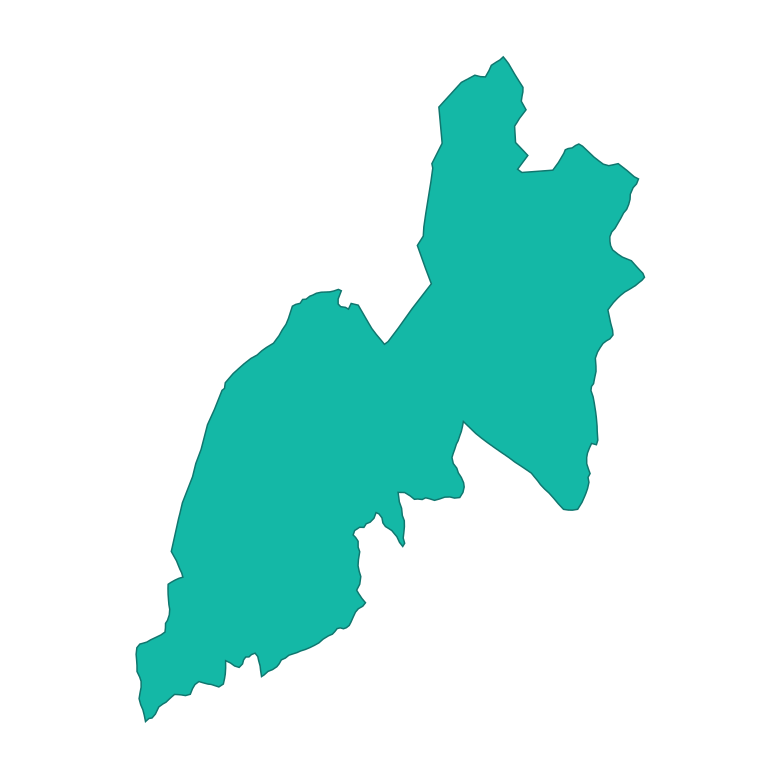 Luanda, Western, Kenya, rotated 175°
{"feature_id": "3690345B72511409589589", "entity_name": "Luanda", "entity_type": "district", "adm_level": 2, "iso_a3": "KEN", "parent_name": "Kenya", "parent_adm1": "Western", "projection": "equal_earth", "projection_center": [34.601, 0.021], "detail": "fine", "context": "isolated", "style": "filled", "palette": "teal", "viewbox_px": 768, "rotation_deg": 175, "n_neighbors": 0, "source": "geoboundaries", "source_scale": "gbopen_adm2", "svg_char_len": 4803}
<svg xmlns="http://www.w3.org/2000/svg" viewBox="0 0 768 768"><g transform="rotate(175 384 384)"><path d="M216.1,243.5L211.5,242.4L207.2,241.9L202.0,242.3L197.1,248.8L194.0,254.4L192.3,257.7L190.3,262.2L188.4,268.2L188.9,273.2L186.5,276.8L187.7,281.3L189.0,286.9L188.5,293.1L187.3,297.5L184.9,302.4L182.4,306.7L177.7,305.0L175.9,309.4L175.7,318.7L175.4,323.5L175.4,332.3L175.6,337.9L176.2,346.8L176.8,353.0L178.4,359.5L177.5,363.5L175.2,366.1L173.6,371.8L171.7,378.0L171.3,383.3L171.2,391.3L168.5,397.2L165.4,401.5L162.3,405.3L158.5,407.7L155.0,409.3L151.6,412.9L151.6,417.7L152.9,425.0L154.5,438.3L151.7,441.5L148.3,445.2L143.8,449.2L140.6,451.7L136.1,454.7L132.6,456.3L129.5,457.8L124.7,460.3L121.3,462.7L117.8,465.0L115.2,467.6L116.4,471.6L119.6,475.6L122.2,479.0L124.3,481.8L126.8,485.2L130.9,487.3L135.4,489.6L139.8,493.1L144.6,497.7L146.2,502.1L146.5,506.5L146.2,511.0L143.9,515.6L140.2,519.1L137.6,522.8L133.8,528.2L130.4,533.5L127.0,536.9L124.6,541.5L122.8,546.5L122.1,551.6L118.7,557.9L115.0,561.3L112.6,566.1L116.6,568.6L120.1,572.2L123.4,575.6L131.5,583.1L136.7,582.4L141.1,581.9L146.4,583.9L150.7,587.7L155.0,591.7L165.5,603.6L169.0,606.1L172.4,604.9L176.0,602.8L180.1,602.5L183.0,601.5L184.7,598.2L190.9,589.5L197.2,582.3L228.2,582.7L232.2,586.3L220.8,599.1L224.3,603.6L231.9,613.1L231.6,623.6L231.4,629.5L229.2,632.3L225.8,636.9L222.4,640.6L218.6,644.8L222.6,653.7L221.3,659.1L220.2,662.8L219.7,667.4L223.3,674.3L226.7,681.0L232.0,692.3L234.5,696.3L236.7,699.5L240.3,696.7L243.9,695.0L249.3,692.1L252.0,687.2L256.2,681.1L261.2,681.8L266.6,683.7L280.7,677.7L305.2,655.1L305.1,624.0L305.1,618.7L317.1,599.3L316.6,594.8L319.7,581.2L327.5,550.3L330.6,537.1L332.0,527.9L338.7,519.1L332.6,495.7L328.1,479.7L336.5,470.6L349.6,456.4L365.0,438.3L376.2,425.9L380.1,423.5L383.0,427.8L387.4,434.1L391.3,440.3L393.8,445.5L402.8,464.8L409.7,467.1L412.9,461.7L415.7,463.7L420.4,464.8L422.7,467.7L422.3,472.6L418.4,480.6L421.2,482.2L426.1,481.0L430.0,480.5L434.3,480.7L438.6,480.9L443.5,480.3L447.2,478.8L450.3,477.9L454.2,475.3L457.7,475.3L460.5,471.7L465.0,471.0L468.5,469.5L473.5,457.6L476.4,452.0L480.7,446.7L484.4,441.2L487.1,438.2L490.5,434.3L498.0,430.6L502.6,427.9L507.9,423.9L514.3,421.1L521.4,416.5L527.2,412.2L533.3,407.6L542.0,399.1L543.3,393.5L545.9,391.8L555.1,373.5L563.4,358.8L566.8,349.2L571.9,334.8L573.8,330.8L578.4,321.2L582.8,308.3L595.2,283.2L598.5,273.1L600.4,267.7L610.5,235.7L608.3,230.7L606.1,225.9L604.9,221.9L603.5,217.4L602.0,213.4L601.2,209.1L605.2,208.3L609.4,206.8L613.6,204.9L616.5,203.3L617.0,199.2L617.4,193.4L617.5,186.9L617.5,182.8L617.1,178.2L618.0,172.7L620.3,167.4L622.5,164.6L623.0,160.0L623.8,156.0L628.0,153.5L633.3,151.5L638.7,149.5L642.7,147.6L646.5,146.8L649.9,146.2L653.2,142.8L654.5,136.3L654.5,131.0L654.6,125.2L655.1,119.1L652.9,113.3L651.9,109.0L652.4,103.0L654.0,97.4L655.4,91.9L654.3,85.6L652.6,80.5L651.7,74.9L651.0,68.5L647.3,71.3L644.2,71.5L640.5,75.1L636.5,81.9L632.2,84.5L628.9,86.0L625.3,88.9L622.7,90.9L619.7,93.0L616.7,92.6L613.2,92.0L608.9,90.9L604.0,91.8L601.3,97.2L598.5,101.1L594.3,103.7L589.7,101.9L585.5,100.4L582.4,99.8L578.9,98.3L574.9,96.6L570.2,99.1L568.5,104.5L567.4,108.9L566.5,114.9L565.9,122.2L561.3,119.5L557.4,116.1L553.0,114.3L549.3,117.5L547.9,121.4L545.5,124.1L542.3,123.9L539.6,126.0L535.9,127.1L533.5,123.5L533.0,119.5L532.0,113.9L531.9,109.5L531.5,103.2L528.7,104.7L524.6,107.8L519.9,109.2L515.4,111.7L512.9,114.3L510.3,118.1L506.1,119.6L502.4,122.1L497.3,123.3L494.1,124.0L490.4,125.3L485.5,126.4L480.8,127.9L476.1,129.7L471.4,131.8L466.8,135.2L461.2,138.0L457.2,139.3L454.5,141.7L452.0,144.4L448.9,144.9L445.7,143.7L442.7,144.5L439.7,146.5L437.7,149.6L434.9,154.7L432.3,159.2L429.1,162.4L424.5,164.5L421.5,167.7L424.7,172.3L427.6,177.6L429.2,181.0L425.6,186.7L423.9,194.2L425.0,199.3L425.7,205.2L424.8,211.1L422.8,219.0L424.0,223.7L423.5,229.6L425.7,233.7L427.9,236.3L426.0,240.6L420.8,243.4L416.5,242.9L413.9,246.3L409.8,247.6L405.7,251.1L403.1,256.6L400.3,255.0L397.7,250.8L397.2,245.7L395.0,241.9L392.3,239.9L389.0,237.3L386.7,233.9L384.5,230.8L382.3,224.8L379.5,220.5L377.3,223.5L378.3,228.9L377.2,234.2L376.1,240.1L375.7,246.0L377.2,251.4L377.3,258.7L379.0,265.2L379.2,270.7L379.4,274.8L372.9,274.1L367.6,270.2L363.8,266.5L360.4,266.5L356.0,265.6L352.4,267.0L348.9,265.8L343.8,263.7L338.8,264.6L333.3,266.0L328.1,265.7L323.7,264.2L318.4,264.3L314.8,269.1L313.1,274.4L313.3,278.7L315.1,284.1L317.7,289.0L318.8,293.8L321.9,298.7L322.7,304.8L321.1,308.8L319.2,312.9L317.1,317.9L315.1,321.0L313.0,325.9L311.1,330.0L309.6,334.6L308.2,339.7L296.9,326.7L291.7,321.7L286.5,317.0L279.5,311.0L272.9,305.5L266.3,300.1L260.3,294.7L254.4,290.1L249.0,285.7L245.0,282.4L242.3,278.4L239.3,274.1L236.9,270.1L233.2,265.4L229.2,261.1L225.0,255.5L220.8,249.5L216.1,243.5Z" fill="#14b8a6" stroke="#0f766e" stroke-width="1.5"/></g></svg>